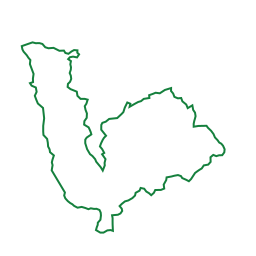 Siqueira Campos, Paraná, Brazil (orthographic projection), rotated 261°
{"feature_id": "56859067B87660188486184", "entity_name": "Siqueira Campos", "entity_type": "district", "adm_level": 2, "iso_a3": "BRA", "parent_name": "Brazil", "parent_adm1": "Paraná", "projection": "orthographic", "projection_center": [-49.788, -23.656], "detail": "fine", "context": "isolated", "style": "outline", "palette": "green", "viewbox_px": 256, "rotation_deg": 261, "n_neighbors": 0, "source": "geoboundaries", "source_scale": "gbopen_adm2", "svg_char_len": 2698}
<svg xmlns="http://www.w3.org/2000/svg" viewBox="0 0 256 256"><g transform="rotate(261 128 128)"><path d="M98.1,46.0L74.2,55.6L71.3,54.4L68.3,55.1L65.2,57.1L62.9,59.2L61.4,61.1L59.5,62.6L57.2,65.7L57.3,69.9L55.7,73.3L54.0,76.2L54.5,78.7L53.4,81.8L53.1,84.3L51.5,87.0L48.7,87.8L45.9,87.6L41.7,86.4L39.2,83.4L37.0,82.9L35.0,81.7L32.2,80.4L29.0,84.3L28.5,87.4L30.1,91.6L29.9,94.9L28.8,97.0L35.0,97.7L38.4,98.2L41.5,98.7L44.3,98.6L44.1,101.6L43.9,104.5L44.8,107.2L47.0,109.3L49.3,109.2L52.2,107.5L54.0,110.0L56.0,113.5L56.4,117.0L58.1,121.4L60.2,124.4L62.8,125.4L64.3,129.6L66.8,131.1L65.5,134.5L62.4,136.1L60.3,138.6L58.0,140.4L59.9,143.4L62.5,145.2L61.7,150.8L62.5,154.3L66.5,154.4L70.6,157.6L73.2,158.4L73.3,163.4L73.6,166.2L73.7,170.0L72.2,172.8L70.1,173.7L67.7,177.4L65.9,179.8L67.7,182.3L73.1,187.2L74.4,189.7L75.6,192.2L76.5,194.5L79.2,197.0L79.3,201.5L81.6,204.3L86.2,204.9L88.1,208.0L86.4,210.8L86.8,213.6L86.4,216.8L88.9,219.3L91.9,220.1L95.6,219.1L97.9,217.7L99.4,215.8L101.9,214.6L105.1,212.4L108.7,211.5L112.3,209.6L115.7,207.0L117.9,205.9L119.0,197.9L119.0,193.1L121.8,193.5L124.5,194.5L126.8,195.6L129.1,196.6L132.7,196.6L135.7,195.2L140.3,195.1L138.3,190.1L142.1,189.2L145.8,185.9L149.3,185.2L149.5,181.9L151.5,178.7L155.0,178.0L157.8,176.3L160.7,176.8L159.8,170.4L157.3,164.8L158.5,160.8L157.8,157.8L157.1,154.0L154.3,153.8L154.3,148.1L152.5,145.1L152.1,142.1L150.9,138.7L148.7,132.9L151.6,134.1L153.3,131.3L148.6,128.0L144.4,125.9L142.8,123.8L139.5,118.9L139.9,110.8L137.7,107.0L137.1,103.5L135.2,102.1L130.5,101.3L123.8,105.1L122.1,102.8L120.4,101.3L117.1,99.0L114.2,97.4L111.1,99.2L107.1,100.6L106.1,98.3L100.8,100.9L97.2,99.4L94.7,99.2L89.9,96.4L93.6,94.9L99.7,91.3L102.3,90.7L105.9,88.5L108.1,86.4L113.5,84.3L119.7,83.4L123.2,84.0L125.0,85.7L127.4,90.8L129.9,90.5L132.4,89.9L134.8,89.2L138.2,85.2L141.6,86.0L144.5,88.8L148.8,89.7L152.6,88.9L156.3,88.7L158.5,90.7L162.3,92.6L163.5,89.9L164.2,85.7L167.7,83.1L171.9,83.1L173.3,80.8L175.4,77.3L178.0,74.8L181.0,75.6L182.7,78.0L185.4,79.6L188.7,79.7L191.4,79.0L194.5,80.6L196.9,81.2L200.0,81.0L203.0,82.1L205.4,79.7L207.0,81.7L207.1,84.9L205.7,88.7L208.4,91.2L210.3,89.7L212.6,90.2L213.4,86.9L212.4,84.1L210.6,80.8L211.9,77.9L214.5,76.8L215.0,72.3L218.8,67.0L219.2,61.9L220.7,58.9L224.4,56.6L225.7,53.8L226.2,50.1L227.5,47.1L225.5,35.9L222.2,36.0L219.8,36.8L215.7,39.4L213.0,40.6L210.4,42.2L206.5,41.1L196.2,43.2L191.6,41.8L188.2,41.4L187.6,38.2L184.9,39.4L182.4,43.3L178.0,43.4L174.4,41.0L170.0,41.9L166.3,42.8L161.1,47.2L150.7,46.7L143.4,44.6L137.8,43.7L134.3,43.4L129.9,46.4L126.1,46.5L122.2,46.2L119.2,47.2L116.3,47.2L112.5,50.5L108.4,48.4L105.9,47.4L103.1,47.7L98.1,46.0Z" fill="none" stroke="#15803d" stroke-width="2"/></g></svg>